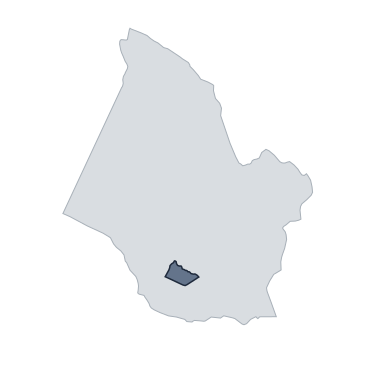 Katakwi highlighted on a map of Uganda, rotated 115°
{"feature_id": "UGA-3122", "entity_name": "Katakwi", "entity_type": "County", "adm_level": 1, "iso_a3": "UGA", "parent_name": "Uganda", "parent_adm1": "", "projection": "mercator", "projection_center": [33.928, 1.964], "detail": "fine", "context": "in_parent", "style": "filled", "palette": "slate", "viewbox_px": 384, "rotation_deg": 115, "n_neighbors": 0, "source": "natural_earth", "source_scale": "10m", "svg_char_len": 2760}
<svg xmlns="http://www.w3.org/2000/svg" viewBox="0 0 384 384"><g transform="rotate(115 192 192)"><path d="M266.1,299.9L261.1,299.9L253.1,299.9L245.0,299.9L236.9,299.9L228.9,299.9L220.8,299.9L212.7,299.9L204.7,299.9L196.6,299.9L188.6,299.9L180.5,299.9L172.4,299.9L164.4,299.9L156.3,299.9L148.2,299.9L140.2,299.9L132.1,299.9L127.3,299.9L126.4,299.8L125.7,299.6L122.7,300.2L119.5,302.2L116.2,303.0L112.6,302.7L112.2,302.9L110.3,302.8L107.7,302.7L105.4,303.2L103.6,305.0L101.7,307.9L98.4,311.4L95.8,314.4L93.6,316.5L88.6,320.1L85.9,321.1L84.5,321.0L83.7,320.3L82.1,315.8L81.1,315.0L71.3,317.4L69.8,317.4L70.0,316.0L69.3,305.3L69.2,298.8L70.4,294.7L71.2,290.0L71.3,285.8L73.1,278.7L72.4,274.5L74.7,259.6L75.3,257.2L76.2,250.0L77.7,247.8L79.0,246.9L80.6,242.5L83.8,235.5L86.1,231.8L85.6,223.9L85.9,218.5L86.4,217.3L91.2,215.3L97.3,210.3L99.9,204.4L103.6,200.7L110.7,198.3L131.8,178.1L141.6,167.3L145.9,161.7L146.0,159.7L146.8,157.1L145.1,155.0L143.1,153.2L142.4,151.5L140.6,150.6L138.1,150.6L136.4,149.4L134.6,147.0L132.7,145.4L126.7,145.5L122.1,143.0L122.1,139.6L123.9,132.9L127.4,125.3L127.6,123.1L127.1,121.3L126.3,119.8L124.7,118.3L123.2,116.4L124.4,110.9L126.6,105.5L128.4,102.8L130.1,99.7L129.6,97.3L127.1,96.0L128.4,93.6L131.2,89.5L136.6,85.4L141.3,82.6L144.5,82.6L150.6,84.8L156.2,87.4L159.2,87.5L162.9,86.4L170.6,81.8L172.4,83.3L174.7,86.1L177.1,90.7L181.9,92.8L184.3,94.3L185.9,94.7L186.8,94.3L188.7,90.7L190.9,88.7L195.0,86.2L204.0,84.2L210.5,83.6L213.2,83.2L217.8,82.0L225.0,78.3L232.1,83.1L239.8,84.0L247.3,84.0L249.6,82.5L250.9,81.4L258.7,73.5L269.4,62.9L276.5,77.9L278.9,78.8L278.6,80.1L278.0,81.4L282.6,85.0L288.3,86.9L290.3,88.8L290.5,90.8L288.6,99.6L288.9,102.1L290.8,110.9L294.2,112.9L297.2,121.7L303.3,125.5L304.1,126.6L305.6,130.9L307.4,135.6L308.9,136.7L309.8,137.0L311.6,141.9L310.5,144.7L311.9,153.3L314.2,160.9L314.8,170.0L314.8,174.0L314.8,176.4L314.3,179.9L313.2,181.9L311.2,183.8L309.1,186.9L307.2,190.2L306.0,191.8L306.9,196.7L306.7,198.0L306.2,198.6L303.4,199.4L299.9,200.7L297.8,202.0L294.7,204.5L292.3,207.2L289.1,215.1L283.7,221.3L282.8,223.3L277.8,227.0L275.5,231.5L274.1,237.1L272.2,241.1L267.9,246.6L266.9,255.2L267.0,272.5L265.9,292.2L266.1,299.9Z" fill="#d9dde1" stroke="#a8b0b8" stroke-width="1"/><path d="M261.8,177.0L263.5,175.7L264.6,174.1L264.5,172.3L263.7,170.7L264.3,169.6L265.8,168.4L265.8,167.5L265.6,166.6L265.8,164.5L265.4,163.8L265.5,163.1L265.7,162.6L266.0,162.2L265.9,161.7L265.6,161.2L265.5,160.4L265.8,159.6L266.3,158.6L266.2,157.6L265.7,155.6L265.2,155.0L265.0,154.2L265.3,152.0L266.2,149.9L278.0,157.3L279.7,158.7L280.1,160.9L280.1,165.8L280.1,180.5L272.4,180.0L270.2,180.2L268.0,180.8L265.7,180.1L264.0,179.0L261.9,178.8L261.6,178.0L261.8,177.0Z" fill="#64748b" stroke="#1e293b" stroke-width="1.5"/></g></svg>